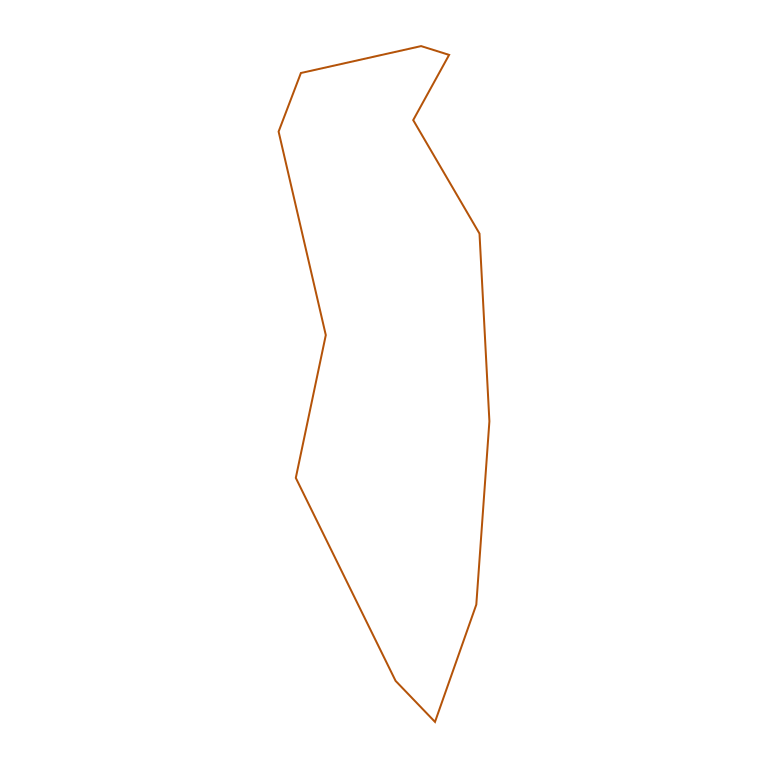 Bahrain, Natural Earth projection
{"feature_id": "BHR", "entity_name": "Bahrain", "entity_type": "country or territory", "adm_level": 0, "iso_a3": "BHR", "parent_name": "Asia", "parent_adm1": "", "projection": "natural_earth1", "projection_center": [50.55, 26.027], "detail": "fine", "context": "isolated", "style": "outline", "palette": "amber", "viewbox_px": 768, "rotation_deg": 0, "n_neighbors": 0, "source": "natural_earth", "source_scale": "50m", "svg_char_len": 280}
<svg xmlns="http://www.w3.org/2000/svg" viewBox="0 0 768 768"><path d="M476.3,604.6L435.0,721.9L395.6,680.9L295.8,477.9L325.8,335.1L278.6,131.6L300.9,73.0L421.1,46.1L449.1,54.9L413.2,120.1L479.5,233.6L489.4,421.3L476.3,604.6Z" fill="none" stroke="#b45309" stroke-width="2"/></svg>